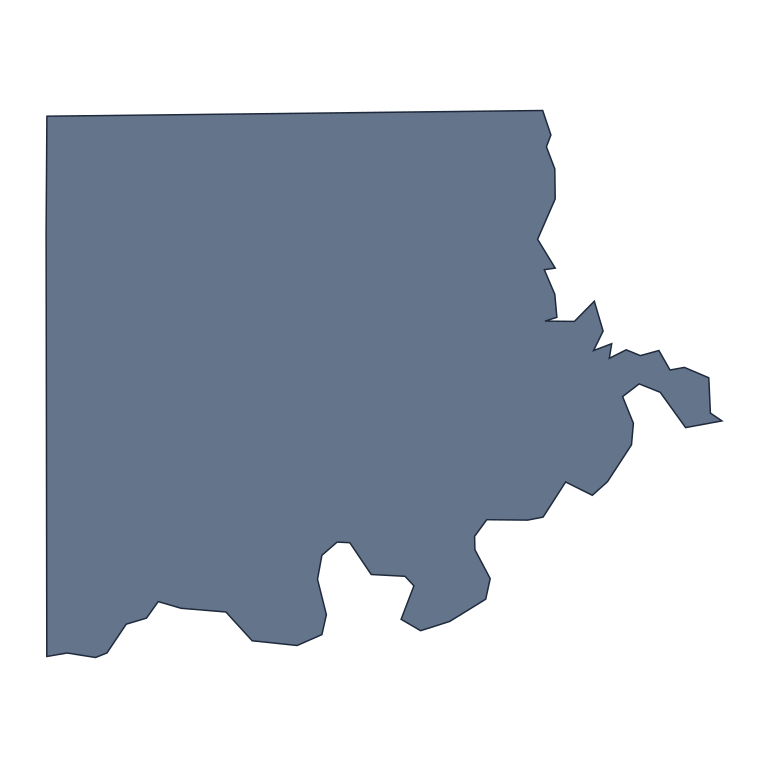 outline of Carroll, Missouri, United States of America
{"feature_id": "52423323B35282580244163", "entity_name": "Carroll", "entity_type": "district", "adm_level": 2, "iso_a3": "USA", "parent_name": "United States of America", "parent_adm1": "Missouri", "projection": "mercator", "projection_center": [-93.364, 39.411], "detail": "fine", "context": "isolated", "style": "filled", "palette": "slate", "viewbox_px": 768, "rotation_deg": 0, "n_neighbors": 0, "source": "geoboundaries", "source_scale": "gbopen_adm2", "svg_char_len": 930}
<svg xmlns="http://www.w3.org/2000/svg" viewBox="0 0 768 768"><path d="M46.9,116.2L46.1,232.5L46.8,656.5L67.0,653.0L95.6,657.5L107.0,652.9L126.2,624.2L146.5,618.1L158.2,601.6L181.1,608.3L225.9,612.0L252.2,640.8L297.1,645.5L321.9,634.6L326.4,614.7L317.5,579.3L321.9,555.3L337.1,542.1L349.8,542.7L371.2,574.5L405.0,576.3L413.9,585.8L401.1,619.3L420.6,630.7L449.8,621.4L485.7,599.2L490.2,578.6L474.9,549.7L474.6,536.3L486.8,519.7L527.7,520.1L543.1,517.1L565.6,482.0L592.3,495.3L607.5,481.7L631.5,444.8L633.4,423.3L622.6,396.6L639.1,383.9L660.2,392.3L685.6,427.6L721.9,420.9L710.4,413.1L708.8,377.8L684.4,367.4L670.0,370.0L658.9,350.5L640.3,355.6L626.2,349.8L609.3,358.3L611.7,343.7L593.6,350.5L603.1,331.1L594.3,301.2L574.4,321.4L545.0,321.1L556.9,317.3L554.8,294.3L544.3,269.7L555.2,268.1L537.6,239.3L555.2,198.9L554.8,168.9L546.4,146.8L550.9,135.0L542.7,110.5L46.9,116.2Z" fill="#64748b" stroke="#1e293b" stroke-width="1.5"/></svg>